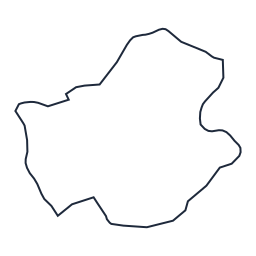 outline of Punakha
{"feature_id": "BTN-2440", "entity_name": "Punakha", "entity_type": "District", "adm_level": 1, "iso_a3": "BTN", "parent_name": "Bhutan", "parent_adm1": "", "projection": "mercator", "projection_center": [89.835, 27.687], "detail": "fine", "context": "isolated", "style": "outline", "palette": "slate", "viewbox_px": 256, "rotation_deg": 0, "n_neighbors": 0, "source": "natural_earth", "source_scale": "10m", "svg_char_len": 1090}
<svg xmlns="http://www.w3.org/2000/svg" viewBox="0 0 256 256"><path d="M222.8,59.9L223.4,77.7L218.4,87.8L213.1,92.5L205.0,101.4L202.9,104.2L201.6,107.5L200.3,112.0L199.9,118.5L200.6,124.5L204.7,128.9L208.4,130.9L212.0,131.3L218.9,130.2L222.5,130.4L226.4,132.1L230.2,135.5L234.5,140.8L238.7,145.0L240.4,147.9L240.6,152.2L239.3,155.9L231.7,163.7L219.8,167.6L206.4,185.7L188.0,201.2L187.9,201.3L185.4,210.3L173.0,220.7L147.0,227.2L146.3,227.2L124.5,225.7L123.9,225.7L111.3,223.9L109.7,222.7L106.9,219.2L106.0,216.1L97.3,203.0L93.6,197.3L72.0,204.3L57.8,215.8L51.4,205.9L44.3,199.0L41.4,193.7L37.3,184.0L34.1,178.6L29.8,173.2L27.0,167.8L25.6,163.0L25.7,159.1L27.4,151.8L27.1,140.1L24.6,125.6L23.4,123.4L15.4,111.0L18.9,104.2L21.0,103.4L24.5,102.5L30.5,101.9L34.0,102.0L38.1,102.8L47.9,106.3L68.7,99.7L66.0,94.0L76.1,87.2L84.6,85.6L99.6,84.5L116.9,62.1L126.9,44.8L130.1,40.3L133.1,37.3L135.8,36.3L142.7,34.9L145.4,34.7L148.9,33.9L152.6,32.7L159.0,29.7L162.6,28.8L165.6,29.2L168.5,31.1L181.2,41.8L205.7,51.8L211.8,56.4L214.0,57.7L222.8,59.9Z" fill="none" stroke="#1e293b" stroke-width="2"/></svg>